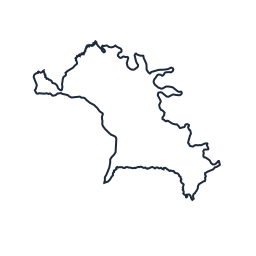 Litsoetse, Thaba-Tseka, Lesotho (Mercator projection), rotated 335°
{"feature_id": "5366337B64574994028715", "entity_name": "Litsoetse", "entity_type": "district", "adm_level": 2, "iso_a3": "LSO", "parent_name": "Lesotho", "parent_adm1": "Thaba-Tseka", "projection": "mercator", "projection_center": [28.676, -29.707], "detail": "fine", "context": "isolated", "style": "outline", "palette": "slate", "viewbox_px": 256, "rotation_deg": 335, "n_neighbors": 0, "source": "geoboundaries", "source_scale": "gbopen_adm2", "svg_char_len": 5828}
<svg xmlns="http://www.w3.org/2000/svg" viewBox="0 0 256 256"><g transform="rotate(335 128 128)"><path d="M83.3,167.7L87.3,168.1L89.9,167.1L92.6,165.2L94.4,164.5L95.0,162.9L95.7,162.2L96.7,162.1L97.2,160.7L98.0,160.9L98.7,160.5L100.2,160.4L100.4,160.0L100.2,159.6L100.4,159.2L101.7,158.7L102.5,159.7L103.2,159.7L106.2,161.1L106.7,162.0L107.9,162.8L108.3,162.9L109.1,162.5L111.0,163.2L112.1,164.3L113.1,164.7L115.5,166.6L117.3,166.9L117.6,167.4L120.9,167.6L122.0,168.4L122.9,168.3L123.8,168.9L125.2,170.7L127.0,171.2L127.3,172.0L128.3,173.1L129.0,172.9L129.5,173.3L130.5,173.5L131.7,173.3L133.6,173.6L134.7,174.9L135.2,175.9L135.8,176.1L136.8,175.7L137.2,175.8L138.3,176.4L138.9,177.6L140.5,178.1L141.1,178.0L141.4,178.3L141.6,179.2L142.8,180.5L143.7,179.4L144.7,179.7L145.7,180.9L145.9,181.9L146.4,182.2L147.5,184.5L147.8,184.7L148.7,184.5L150.4,186.1L151.0,186.2L151.5,187.0L151.3,188.0L152.2,189.0L153.6,190.0L154.2,191.1L154.3,192.3L154.1,193.1L155.0,194.2L154.6,195.2L154.8,196.7L154.5,197.5L153.7,197.6L153.3,198.7L153.5,200.3L154.6,202.6L153.5,204.1L152.4,205.1L152.5,206.1L152.3,206.6L151.5,207.0L151.7,208.3L151.4,209.7L150.4,210.8L150.7,211.8L151.2,212.4L151.8,213.9L151.8,214.5L151.3,215.0L151.3,215.3L151.7,215.6L152.7,215.2L152.8,214.2L153.2,213.3L155.2,214.0L155.6,214.4L156.0,216.2L155.6,218.4L155.7,219.7L155.9,220.3L157.6,219.9L158.1,217.2L159.3,215.8L160.4,215.4L161.2,215.4L162.0,214.7L164.3,213.4L165.6,212.3L167.1,210.0L168.7,208.9L174.1,208.3L175.0,208.6L175.4,208.5L176.2,207.5L176.9,205.6L177.2,205.2L177.9,205.0L178.3,204.4L178.1,203.5L178.2,202.4L178.9,201.4L180.2,201.5L181.2,201.2L187.7,201.5L190.1,200.4L191.6,200.7L195.3,200.4L195.9,199.7L195.9,198.8L196.5,196.5L196.0,196.1L192.5,197.5L191.1,197.6L189.5,196.9L188.5,195.0L188.4,192.4L188.0,191.2L185.9,187.6L184.6,186.7L184.3,185.7L185.2,183.8L186.0,183.0L186.3,181.0L187.4,180.1L188.0,179.8L191.3,181.2L192.0,181.0L192.3,179.9L192.2,177.1L192.5,176.5L193.3,176.0L193.1,175.2L190.8,174.5L186.8,174.5L185.9,173.8L184.5,173.5L182.4,172.2L180.9,171.9L179.6,172.3L178.7,172.1L176.9,170.7L176.5,170.1L176.6,168.2L176.2,167.7L176.2,166.8L178.0,164.5L180.8,161.3L182.7,159.6L183.4,156.5L182.7,155.4L182.7,152.9L183.1,152.3L184.1,151.9L184.5,151.1L184.4,150.7L183.2,149.4L182.3,149.2L181.5,149.2L180.5,150.3L179.5,150.9L175.3,150.1L175.0,149.9L174.7,147.7L173.9,145.4L172.6,144.8L170.6,143.3L169.4,141.8L167.4,138.5L166.4,137.9L165.8,138.2L164.8,137.5L163.9,135.4L163.1,134.7L163.5,133.2L166.4,131.5L166.7,130.6L167.7,129.5L166.7,126.8L165.7,125.7L165.3,123.1L166.0,120.3L168.8,118.0L169.1,117.0L168.8,111.0L170.0,109.2L170.6,108.8L172.9,109.5L173.7,110.3L176.4,115.9L178.0,116.8L182.5,116.6L183.6,116.9L185.5,118.4L188.5,120.1L190.3,120.0L191.2,119.5L191.6,118.7L191.6,117.7L191.1,117.3L189.5,116.8L188.7,116.0L185.7,110.0L182.4,107.6L180.1,106.5L176.0,106.8L174.8,106.4L172.6,104.2L170.7,100.3L170.5,98.2L170.7,97.1L171.2,96.2L172.2,95.2L177.2,92.4L178.2,92.5L179.3,93.0L180.2,93.7L181.0,95.1L182.4,95.1L184.7,93.5L185.7,93.5L188.9,94.7L190.2,95.6L191.0,95.7L192.8,95.2L193.8,94.2L193.9,92.9L192.7,91.5L189.5,91.5L187.9,91.2L184.6,90.1L180.6,88.3L172.8,87.1L172.1,87.3L171.4,87.9L170.8,87.8L170.0,86.2L169.5,83.1L171.7,77.9L171.8,71.0L172.4,69.3L172.1,68.7L170.3,68.0L168.3,66.4L167.3,65.2L166.7,63.9L165.6,64.1L164.7,64.9L163.5,70.9L163.4,73.1L163.8,75.1L163.1,76.4L161.3,77.2L160.4,77.2L158.7,77.7L157.4,77.4L155.9,76.5L154.8,75.2L153.6,72.1L154.3,68.7L157.8,64.7L157.9,64.0L157.3,63.2L155.8,62.7L154.1,61.2L153.0,61.2L152.0,61.6L151.1,61.4L150.0,60.5L149.8,59.4L149.4,58.5L149.6,57.6L151.3,56.3L152.0,56.0L153.6,56.3L154.4,55.9L155.1,54.5L154.9,52.9L153.1,50.8L151.7,48.8L151.5,48.0L149.0,48.3L146.8,47.8L144.9,46.4L144.0,44.6L143.3,44.1L140.5,43.4L139.9,42.7L138.9,43.1L138.6,43.9L138.9,45.6L139.6,47.2L139.6,48.7L138.8,49.3L137.9,49.0L137.2,47.1L137.3,45.5L135.6,41.0L135.2,38.8L135.6,36.7L135.1,35.7L134.2,36.4L133.6,36.4L133.8,36.7L133.6,37.3L133.2,37.3L133.0,38.0L132.7,38.1L132.1,37.5L132.0,38.1L131.4,38.3L130.4,37.6L130.3,38.4L129.8,38.3L129.7,38.2L129.9,37.9L129.5,37.8L129.3,37.3L128.3,37.2L128.0,36.6L127.4,37.2L127.3,36.6L126.5,37.0L126.2,36.4L125.9,36.9L125.4,37.0L125.4,36.4L125.1,36.4L124.3,37.1L124.4,37.7L123.6,37.9L123.4,38.4L122.7,38.6L122.3,39.5L121.7,39.8L121.6,40.5L120.6,40.7L120.2,41.3L119.9,41.1L119.4,41.3L119.3,41.6L118.3,41.0L118.0,41.5L118.2,42.1L117.5,41.8L117.3,41.5L117.5,41.2L117.2,41.0L115.2,42.2L114.9,42.1L115.5,41.1L115.2,40.9L114.6,41.3L114.4,42.1L113.8,41.3L113.1,41.8L112.5,41.9L112.1,41.4L111.5,42.2L110.4,42.3L110.3,42.9L109.9,43.0L110.2,43.6L109.4,44.5L109.6,45.3L109.5,46.8L109.1,48.0L108.7,48.3L105.5,49.2L103.7,50.1L96.5,50.9L95.9,51.4L94.8,51.4L94.6,51.6L94.5,53.2L94.2,53.6L93.3,54.2L91.3,54.4L89.4,56.3L88.2,58.3L86.7,60.4L85.9,63.1L84.3,65.3L83.7,65.6L83.3,65.6L82.6,64.9L81.7,63.1L81.5,62.4L81.6,59.8L81.4,58.5L80.4,56.7L78.7,55.4L78.5,54.8L78.5,52.8L77.5,51.4L76.7,50.7L76.4,49.7L75.9,49.1L75.0,49.0L75.1,47.4L74.5,46.8L75.3,45.7L75.1,45.2L75.6,44.5L75.4,44.2L75.1,44.2L75.7,41.0L75.3,40.8L75.7,40.3L75.3,40.3L73.5,41.1L72.1,40.9L70.7,39.0L70.2,39.1L70.0,39.8L69.6,40.1L68.3,39.6L65.9,40.0L64.8,40.9L64.0,42.1L63.5,50.6L61.1,53.5L59.6,54.3L59.5,54.6L59.7,57.8L60.1,58.4L61.0,58.9L62.1,58.9L65.7,61.0L67.7,61.9L68.9,62.1L70.5,63.7L71.7,63.6L72.2,64.0L73.2,66.7L73.8,67.1L76.2,67.6L78.8,67.0L82.1,68.1L82.8,69.2L87.3,72.7L88.2,74.7L89.7,76.5L97.6,79.2L98.5,80.7L100.9,82.0L101.8,83.4L101.8,84.1L102.6,85.9L104.1,89.0L107.0,92.8L107.9,95.3L108.5,96.5L109.4,100.9L111.2,104.1L111.0,104.9L109.5,106.4L108.6,107.8L107.8,110.8L106.2,113.9L106.1,116.0L106.8,119.2L108.9,124.9L109.9,127.0L112.1,129.4L113.0,131.0L112.8,133.0L106.5,144.7L104.6,146.0L100.5,147.7L98.6,149.0L97.1,152.1L94.3,156.0L88.7,161.2L86.2,162.9L84.6,166.3L83.6,167.1L83.3,167.7Z" fill="none" stroke="#1e293b" stroke-width="2"/></g></svg>